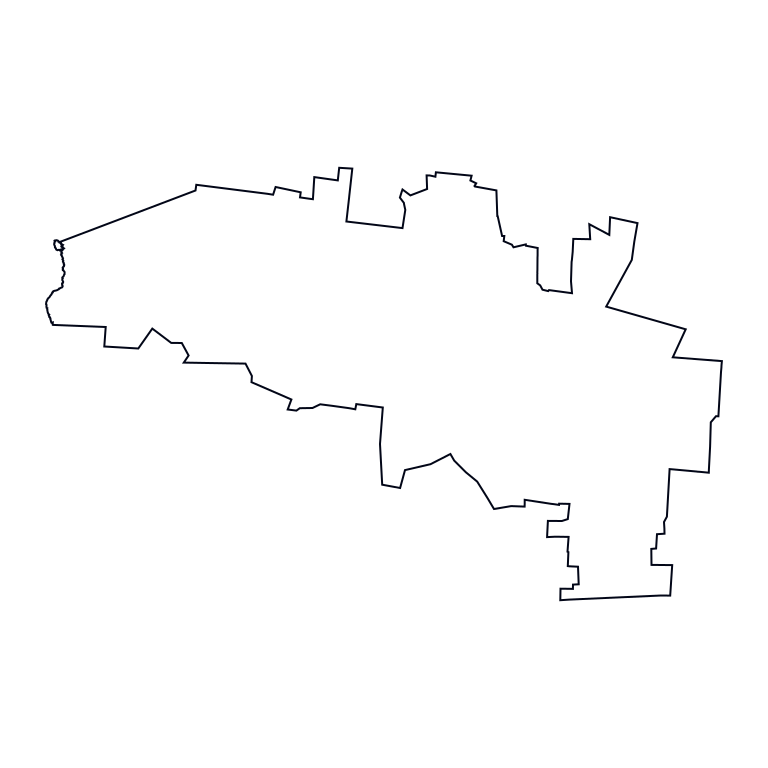 the district of Hecelchakán, Campeche, Mexico
{"feature_id": "50627088B80471800868115", "entity_name": "Hecelchakán", "entity_type": "district", "adm_level": 2, "iso_a3": "MEX", "parent_name": "Mexico", "parent_adm1": "Campeche", "projection": "robinson", "projection_center": [-90.315, 20.094], "detail": "fine", "context": "isolated", "style": "outline", "palette": "ink", "viewbox_px": 768, "rotation_deg": 0, "n_neighbors": 0, "source": "geoboundaries", "source_scale": "gbopen_adm2", "svg_char_len": 5594}
<svg xmlns="http://www.w3.org/2000/svg" viewBox="0 0 768 768"><path d="M60.0,241.9L60.4,242.0L60.8,242.0L60.8,242.3L61.2,243.3L61.4,243.7L61.5,244.1L61.9,244.5L62.2,244.5L62.5,244.7L62.9,244.9L62.7,245.1L62.6,245.6L62.4,246.1L62.4,246.6L63.0,247.5L63.3,248.0L64.0,248.4L63.9,248.5L63.6,248.5L63.3,248.8L63.1,249.2L62.7,249.6L62.5,250.2L62.1,250.5L61.6,250.9L61.2,251.4L61.5,252.1L61.8,252.6L62.0,252.9L61.8,253.0L61.5,253.0L61.3,253.1L61.3,253.4L61.6,253.9L61.5,254.3L61.6,254.7L61.5,254.9L61.2,255.0L61.3,255.2L61.7,255.4L61.8,255.6L61.8,255.8L61.9,256.0L61.9,256.3L62.1,256.5L62.2,256.8L62.5,257.2L62.5,257.6L62.9,258.1L62.7,258.3L62.8,258.6L62.9,259.0L62.8,259.4L62.6,259.4L62.5,259.5L62.7,259.8L63.1,260.4L63.3,260.6L63.2,261.0L63.2,261.3L62.9,261.6L62.9,261.8L63.4,262.4L63.7,262.7L63.7,263.0L63.7,263.3L63.6,263.5L63.7,263.8L63.9,264.0L64.1,264.1L64.2,264.4L64.2,264.5L64.2,264.8L64.0,265.0L64.2,265.3L64.1,265.6L63.9,265.8L63.7,266.2L63.8,266.5L63.3,266.9L63.0,267.1L62.6,267.9L63.0,268.5L63.0,268.9L62.8,269.6L62.7,269.8L62.8,270.1L63.2,270.2L63.5,270.4L63.6,270.8L64.5,271.8L64.6,272.3L64.6,272.9L64.5,273.3L64.5,273.5L64.6,274.1L64.3,274.5L63.9,275.1L63.7,275.9L63.5,276.4L63.1,276.8L62.6,277.1L62.3,277.5L62.3,278.1L62.7,278.6L62.4,279.0L62.3,279.4L62.3,280.1L62.8,281.0L63.0,281.5L63.2,281.9L63.1,282.3L62.9,282.9L62.5,283.0L62.1,283.3L62.0,283.8L62.1,284.4L62.1,284.8L62.4,285.1L62.3,285.6L62.6,285.9L62.6,286.6L62.0,287.4L61.4,287.6L60.8,287.8L60.0,288.3L59.8,288.3L59.1,288.6L59.1,288.9L58.9,289.2L57.9,289.7L57.0,290.2L56.0,290.5L54.6,290.8L54.4,290.8L53.4,291.2L53.0,291.5L52.6,292.1L52.7,292.4L52.3,292.5L52.2,292.7L52.0,293.2L51.8,293.4L51.7,293.8L51.5,294.4L51.2,294.8L50.9,295.0L50.5,295.5L50.3,295.8L50.1,296.0L49.8,296.7L49.7,296.8L49.1,297.5L48.8,297.8L48.2,298.2L48.0,298.7L47.5,299.2L47.4,299.5L47.2,299.9L47.2,300.1L47.2,300.3L47.0,300.8L46.8,301.0L46.7,301.2L46.5,301.4L46.4,301.6L46.2,302.9L46.1,303.5L46.1,304.1L46.3,304.4L46.2,304.5L46.4,304.8L46.4,305.0L46.5,305.4L46.5,306.1L46.4,306.3L46.5,306.7L46.5,307.2L46.6,307.8L46.8,307.9L47.0,308.0L46.9,308.1L47.2,308.4L47.3,309.0L47.2,309.5L47.4,309.8L47.3,310.2L47.4,310.8L47.5,311.0L47.6,311.6L47.7,312.3L48.0,312.9L48.1,313.4L48.3,313.6L48.5,313.8L48.5,314.0L48.6,314.4L49.0,314.6L48.8,314.8L48.7,315.2L49.0,315.9L49.2,316.1L49.3,316.3L49.2,316.9L49.4,317.1L49.7,317.1L49.8,317.2L50.0,317.4L50.0,317.6L50.2,317.8L50.3,318.2L50.2,318.5L50.3,318.9L50.5,319.0L50.5,319.3L50.5,319.6L50.6,319.9L50.9,320.9L51.1,321.9L51.4,322.5L51.5,322.8L51.8,322.9L52.0,322.8L52.0,322.6L52.2,322.8L52.3,322.8L52.5,322.8L52.6,322.6L52.8,322.5L52.8,322.9L52.6,323.2L52.5,323.3L52.6,323.5L52.7,323.9L52.7,324.5L52.7,324.8L52.8,324.9L105.7,327.0L104.3,346.5L138.3,348.5L152.3,328.6L171.2,342.9L181.8,343.0L188.6,355.5L183.8,362.6L207.2,363.0L245.5,363.6L251.9,376.0L251.5,382.2L291.4,399.5L287.7,409.5L296.4,410.6L299.8,408.2L312.5,408.0L320.2,404.3L332.0,405.8L347.9,408.0L349.9,408.3L355.3,409.3L356.3,404.1L382.8,407.5L380.0,444.0L382.2,484.7L400.1,488.0L405.0,470.1L430.5,464.2L450.4,454.0L454.2,460.6L465.9,472.3L477.2,481.6L487.7,498.4L494.0,509.0L511.2,506.1L524.6,506.6L524.7,503.8L524.7,499.8L550.9,503.8L554.2,504.2L559.0,504.9L559.1,503.7L559.7,503.7L569.5,503.9L567.8,519.1L561.9,521.0L547.9,520.9L547.2,534.5L547.1,537.1L555.3,536.7L568.6,536.9L567.5,551.7L568.4,552.1L567.8,566.1L569.4,566.3L578.0,566.7L578.7,584.3L573.0,584.6L572.9,588.9L569.4,588.8L560.5,588.7L560.3,600.2L569.4,599.6L661.2,595.5L670.2,595.6L672.2,565.1L651.5,564.9L651.3,548.9L656.1,548.5L657.0,534.2L664.5,533.7L664.4,528.6L664.0,522.0L666.9,516.7L669.6,469.1L673.2,469.4L696.3,471.5L697.8,471.7L699.6,471.8L708.8,472.7L708.9,469.6L710.1,446.6L710.8,422.3L716.0,416.2L718.4,416.3L721.0,372.1L721.4,367.7L721.5,365.4L721.6,364.2L721.9,361.1L672.8,357.3L685.7,329.3L606.2,306.6L631.8,259.9L634.3,241.6L637.5,223.1L610.1,217.2L609.3,234.9L589.3,224.2L590.2,239.2L573.3,238.9L572.7,251.4L572.7,251.7L571.9,260.0L571.6,261.9L571.0,281.3L572.0,293.2L549.0,290.1L548.2,291.1L542.5,289.7L540.2,285.4L537.3,283.3L537.3,281.5L537.3,280.3L537.3,279.2L537.3,277.9L537.3,277.7L537.3,277.1L537.3,274.1L537.4,273.4L537.4,273.2L537.3,272.5L537.4,270.1L537.5,257.5L537.6,255.3L537.6,251.5L537.6,250.0L537.7,248.0L525.9,245.7L525.8,244.4L513.5,247.3L511.9,244.7L503.7,241.2L504.3,236.0L502.1,236.0L497.7,216.2L497.3,216.1L496.4,190.4L474.9,186.5L474.5,186.0L476.2,183.3L470.4,180.5L471.6,175.7L435.9,172.3L435.4,176.7L429.9,175.5L426.6,175.4L427.1,189.0L410.4,195.4L402.5,189.5L401.7,191.8L399.9,197.6L403.9,202.9L404.0,203.9L405.3,209.9L402.5,228.1L346.4,221.5L349.2,196.8L349.2,196.6L352.3,168.6L339.2,167.8L337.8,180.4L314.3,177.1L313.3,193.2L312.9,199.2L309.8,198.8L300.0,197.4L300.7,192.3L275.6,187.0L273.1,194.7L267.4,193.8L196.3,184.8L195.5,190.5L129.1,215.7L60.0,241.9ZM59.2,242.4L59.0,241.8L58.4,241.1L57.7,240.5L56.7,240.3L56.3,240.2L56.1,240.3L55.6,240.4L55.0,240.4L54.8,240.5L55.2,240.9L55.2,241.1L54.8,241.1L54.6,241.6L54.7,242.2L54.4,242.6L54.5,243.3L54.2,243.7L54.2,244.7L54.4,245.1L54.8,245.8L54.9,246.2L54.9,246.8L55.1,247.1L55.0,247.5L55.3,247.9L55.7,248.1L55.9,248.5L56.1,249.1L56.2,249.5L56.6,249.7L57.0,250.0L57.4,250.2L57.8,250.1L58.3,249.9L59.0,249.9L59.4,250.0L59.6,250.1L59.8,250.4L60.1,250.3L60.3,249.7L60.9,249.5L61.4,249.6L61.9,249.4L62.1,249.0L62.7,248.6L62.9,248.1L62.8,247.6L62.4,247.2L61.9,246.9L61.6,246.9L61.5,246.6L61.4,246.5L61.3,246.3L61.7,245.9L61.9,245.7L62.0,245.2L62.0,244.9L61.6,244.5L61.3,244.4L61.0,244.0L60.9,243.3L60.7,243.0L60.5,242.7L60.0,242.7L59.5,242.7L59.2,242.4Z" fill="none" stroke="#020617" stroke-width="2"/></svg>